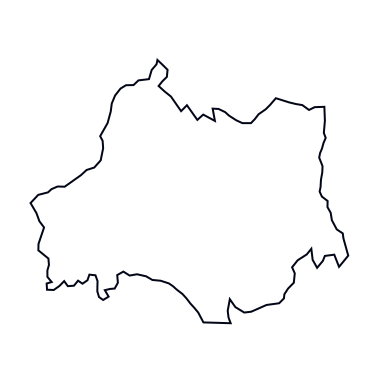 the district of Campo Novo, Rio Grande do Sul, Brazil, rotated 94°
{"feature_id": "56859067B11672596232419", "entity_name": "Campo Novo", "entity_type": "district", "adm_level": 2, "iso_a3": "BRA", "parent_name": "Brazil", "parent_adm1": "Rio Grande do Sul", "projection": "albers", "projection_center": [-53.822, -27.67], "detail": "fine", "context": "isolated", "style": "outline", "palette": "ink", "viewbox_px": 384, "rotation_deg": 94, "n_neighbors": 0, "source": "geoboundaries", "source_scale": "gbopen_adm2", "svg_char_len": 1887}
<svg xmlns="http://www.w3.org/2000/svg" viewBox="0 0 384 384"><g transform="rotate(94 192 192)"><path d="M97.8,65.9L98.8,75.5L102.0,81.0L97.6,88.0L97.0,94.5L95.8,101.5L92.6,114.9L99.7,120.2L104.4,124.3L109.8,131.0L114.9,134.4L119.2,138.0L119.8,146.5L117.4,152.8L113.3,160.3L110.0,164.5L107.3,171.3L107.4,177.2L119.5,174.1L114.0,186.2L119.7,191.7L105.8,203.1L112.1,208.5L98.2,219.7L93.8,226.1L88.6,232.7L83.7,229.3L78.9,225.1L71.8,224.9L66.7,230.8L62.7,235.7L67.1,236.3L73.0,240.7L82.4,242.8L84.4,253.2L89.4,257.8L90.1,265.3L93.8,270.5L101.0,275.4L109.3,278.2L117.5,278.7L129.1,281.0L142.7,287.5L147.3,284.7L154.6,283.7L166.8,285.3L174.4,291.2L177.4,298.7L182.9,303.9L195.6,319.4L195.9,326.5L199.0,332.4L202.4,335.6L205.6,345.2L214.3,352.3L223.9,345.7L231.8,342.2L237.7,337.1L254.5,341.5L260.9,341.2L268.4,330.6L274.7,329.6L280.4,330.8L286.8,330.3L291.6,325.7L293.4,330.6L299.6,329.8L299.4,323.1L295.0,317.7L289.8,313.3L294.6,309.3L293.7,303.2L288.4,299.5L291.1,294.8L287.3,290.1L281.6,288.6L281.8,282.5L287.5,280.0L292.7,279.8L297.8,279.5L303.3,277.4L305.9,273.1L302.2,267.9L296.0,272.1L294.4,266.9L293.7,262.4L287.7,259.6L280.1,260.8L276.2,254.9L279.7,248.4L277.9,241.1L279.3,231.9L282.5,225.4L282.7,217.1L284.8,208.7L287.3,204.4L290.3,200.6L294.5,194.3L298.5,190.1L303.3,185.9L307.1,181.9L311.8,177.4L321.3,171.5L320.2,144.3L314.7,146.8L308.0,148.1L296.3,146.8L303.8,140.7L308.6,131.5L307.3,124.6L299.5,109.8L296.9,97.3L291.8,92.9L287.5,92.7L281.6,89.4L275.4,84.1L266.0,83.8L260.1,86.9L252.7,81.8L246.3,73.2L240.3,69.0L251.3,66.9L258.9,61.9L251.5,56.6L246.5,55.0L244.6,45.7L256.4,40.1L244.6,31.7L227.7,37.7L222.8,38.7L219.2,45.0L210.4,50.5L203.1,52.2L197.6,55.8L191.5,56.1L187.5,62.1L182.7,64.7L178.0,64.1L170.8,64.2L163.3,63.4L157.1,63.6L148.9,67.5L144.4,67.0L139.7,65.4L133.9,64.2L128.7,62.4L123.9,64.6L111.6,64.4L97.8,65.9Z" fill="none" stroke="#020617" stroke-width="2"/></g></svg>